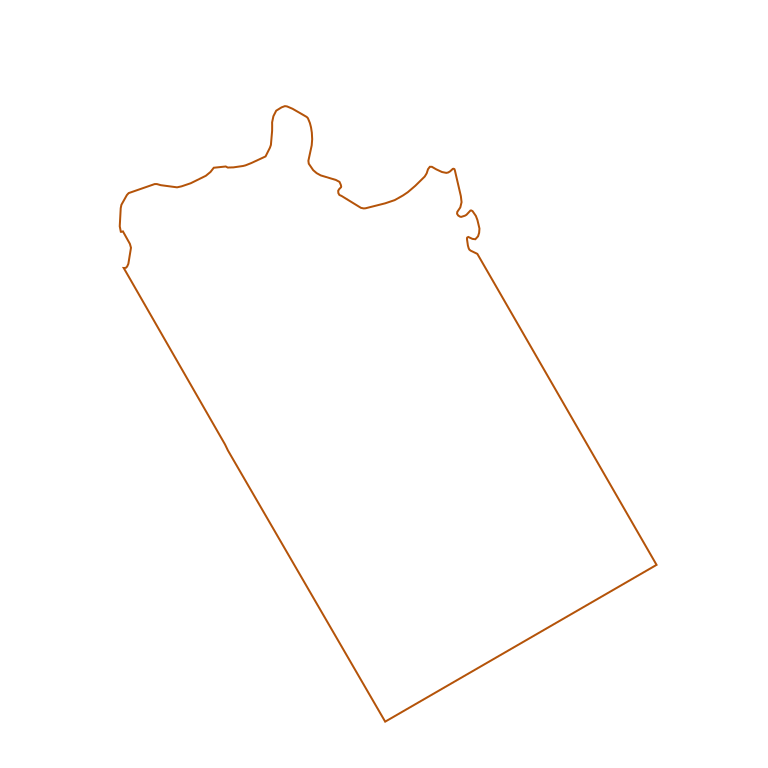 the district of Clay, Texas, United States of America, rotated 330°
{"feature_id": "52423323B2844770292718", "entity_name": "Clay", "entity_type": "district", "adm_level": 2, "iso_a3": "USA", "parent_name": "United States of America", "parent_adm1": "Texas", "projection": "orthographic", "projection_center": [-98.12, 33.812], "detail": "fine", "context": "isolated", "style": "outline", "palette": "amber", "viewbox_px": 768, "rotation_deg": 330, "n_neighbors": 0, "source": "geoboundaries", "source_scale": "gbopen_adm2", "svg_char_len": 1583}
<svg xmlns="http://www.w3.org/2000/svg" viewBox="0 0 768 768"><g transform="rotate(330 384 384)"><path d="M216.2,677.0L529.6,676.9L529.9,318.0L525.7,311.8L525.1,310.2L525.2,308.8L525.9,306.0L528.4,299.8L529.2,298.8L530.5,298.8L533.2,302.6L535.5,304.3L539.3,303.1L542.0,300.6L544.4,297.1L546.9,288.7L547.6,284.4L547.1,278.5L546.3,277.3L545.6,277.0L540.0,278.7L538.2,278.7L534.5,277.9L533.6,277.2L532.5,275.2L532.4,273.1L533.5,271.6L538.4,269.2L542.1,265.3L544.5,259.7L552.2,234.4L552.4,233.1L551.9,232.4L551.1,232.1L547.5,232.9L545.3,232.9L543.5,232.3L540.2,229.4L536.5,224.1L534.1,219.9L532.3,218.8L529.5,220.0L526.3,222.9L523.0,224.7L510.2,228.0L500.5,229.8L494.7,230.2L485.2,230.1L475.3,228.1L455.9,222.6L454.2,221.8L452.1,219.9L441.2,199.8L439.9,198.0L439.9,195.9L440.9,193.8L442.4,192.9L445.2,192.1L445.7,191.5L446.2,189.8L446.5,186.7L444.4,183.3L433.5,171.7L431.1,167.7L429.6,163.4L429.0,155.6L430.1,152.9L440.7,141.2L444.2,136.1L447.2,130.2L449.1,125.3L450.3,121.0L451.0,115.8L450.6,114.1L442.4,99.9L438.8,95.1L437.1,93.8L433.6,93.2L427.3,93.4L422.1,96.8L417.9,101.5L416.4,104.2L413.7,108.8L405.6,120.4L403.4,122.3L395.2,127.7L379.5,126.3L373.4,125.4L370.9,124.7L361.9,121.1L356.9,118.4L355.7,116.5L344.7,111.6L339.8,113.6L333.8,114.6L317.0,113.5L307.5,111.6L303.1,110.2L290.1,100.2L287.4,97.4L285.4,96.2L258.3,91.0L255.8,91.8L246.2,97.5L243.9,100.1L234.0,115.3L232.2,120.6L232.6,120.9L234.2,121.3L234.0,135.6L233.0,139.5L222.7,152.1L220.3,153.8L218.8,154.3L217.2,153.8L216.6,153.4L216.1,356.9L215.6,363.5L216.2,677.0Z" fill="none" stroke="#b45309" stroke-width="2"/></g></svg>